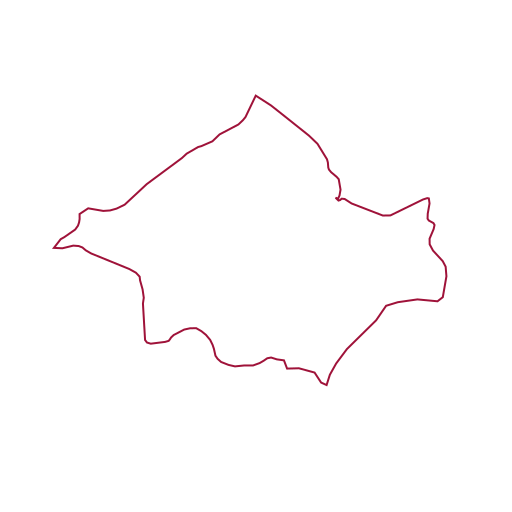 map outline of Coclé (orthographic projection), rotated 246°
{"feature_id": "PAN-1336", "entity_name": "Coclé", "entity_type": "Province", "adm_level": 1, "iso_a3": "PAN", "parent_name": "Panama", "parent_adm1": "", "projection": "orthographic", "projection_center": [-80.432, 8.569], "detail": "fine", "context": "isolated", "style": "outline", "palette": "rose", "viewbox_px": 512, "rotation_deg": 246, "n_neighbors": 0, "source": "natural_earth", "source_scale": "10m", "svg_char_len": 1588}
<svg xmlns="http://www.w3.org/2000/svg" viewBox="0 0 512 512"><g transform="rotate(246 256 256)"><path d="M402.6,321.0L387.5,330.9L370.7,339.7L344.5,353.3L333.5,357.8L315.5,360.2L312.2,359.7L307.4,358.0L305.3,357.8L302.0,358.7L295.4,361.9L292.5,362.8L282.2,360.2L277.3,356.9L275.0,354.3L276.9,352.4L273.1,353.9L272.9,355.6L273.5,357.6L272.0,360.2L265.1,364.7L241.4,388.3L238.4,395.3L239.7,431.6L239.2,436.0L238.3,437.3L233.4,435.9L224.8,430.1L220.3,427.9L218.1,428.3L213.9,431.5L211.7,431.7L208.3,429.2L201.2,421.6L196.0,419.4L189.0,419.9L175.3,424.5L169.1,424.9L160.0,421.7L142.4,409.9L140.8,403.4L150.7,385.8L156.1,366.8L157.6,354.6L148.4,339.6L134.0,301.2L125.2,285.5L117.5,275.2L109.4,268.0L113.9,264.0L125.7,262.1L136.0,249.5L140.5,238.6L149.3,239.1L153.1,233.0L157.1,228.5L158.0,224.7L157.2,220.4L156.7,215.8L157.2,208.8L160.8,200.7L163.7,191.9L167.7,186.6L173.4,181.0L177.7,179.1L181.4,178.4L188.3,179.8L192.5,180.2L198.0,180.0L204.3,178.2L209.6,175.5L214.4,172.0L216.8,166.3L218.0,160.5L217.3,148.7L216.1,145.3L214.8,143.3L214.0,141.7L214.5,138.0L218.7,124.2L221.3,121.2L224.4,120.5L258.6,133.4L263.5,136.5L271.6,138.8L281.0,140.2L284.4,141.3L289.6,139.5L295.7,134.9L325.3,106.5L330.4,102.8L334.4,100.9L337.2,98.1L339.8,93.3L341.8,82.3L345.6,74.7L350.8,84.4L351.2,88.5L353.7,101.6L356.1,105.7L358.6,108.0L361.5,109.9L366.1,111.9L367.8,122.1L359.3,134.8L357.0,141.1L356.0,147.9L356.3,156.9L366.1,185.4L375.6,228.1L377.7,234.3L379.1,247.4L378.6,250.8L378.5,262.8L381.9,272.2L383.3,293.4L385.4,299.3L387.2,302.9L402.6,321.0Z" fill="none" stroke="#9f1239" stroke-width="2"/></g></svg>